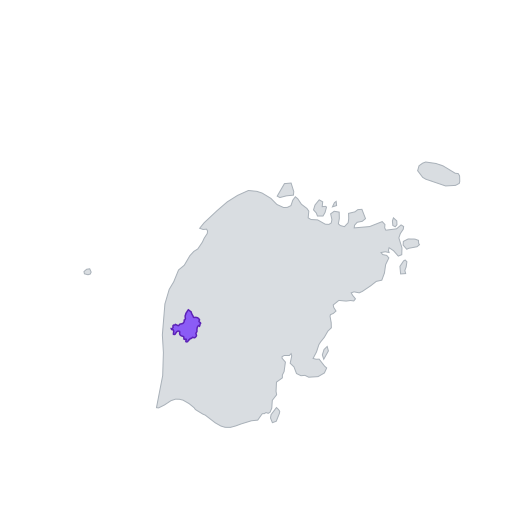 Jeongseon-gun, Gangwon, South Korea (highlighted), rotated 214°
{"feature_id": "91817680B94972366910411", "entity_name": "Jeongseon-gun", "entity_type": "district", "adm_level": 2, "iso_a3": "KOR", "parent_name": "South Korea", "parent_adm1": "Gangwon", "projection": "orthographic", "projection_center": [128.745, 37.366], "detail": "fine", "context": "in_parent", "style": "filled", "palette": "violet", "viewbox_px": 512, "rotation_deg": 214, "n_neighbors": 0, "source": "geoboundaries", "source_scale": "gbopen_adm2", "svg_char_len": 4775}
<svg xmlns="http://www.w3.org/2000/svg" viewBox="0 0 512 512"><g transform="rotate(214 256 256)"><path d="M160.9,130.0L162.6,128.8L162.7,126.9L162.8,120.9L167.6,116.9L174.4,108.5L177.7,103.9L181.4,99.6L185.8,96.7L190.0,95.4L196.5,94.9L209.1,95.7L211.6,95.2L220.4,94.8L222.4,95.6L228.8,96.2L235.9,95.7L239.4,94.4L242.7,92.3L245.6,88.5L248.6,81.3L251.8,75.6L253.7,74.6L266.5,104.7L278.8,124.2L289.5,138.2L304.7,165.3L309.3,179.8L309.8,188.7L312.4,201.1L310.3,208.2L311.0,219.3L310.1,225.1L308.2,229.3L308.2,237.4L308.9,241.8L309.0,247.5L310.2,249.7L312.0,250.6L314.7,248.4L318.2,247.5L317.6,254.5L313.6,272.0L310.1,284.8L305.2,295.9L298.9,306.1L291.4,310.1L286.1,311.6L275.9,312.1L267.5,310.4L260.3,311.6L257.3,313.7L255.2,317.3L256.7,322.9L256.5,327.1L253.4,326.8L247.3,324.3L240.4,323.9L237.3,322.7L234.1,316.8L230.8,317.0L225.1,320.4L216.3,321.1L213.2,323.0L212.1,325.5L213.4,328.6L217.7,332.7L216.2,336.8L211.6,338.9L207.9,333.7L205.7,328.7L203.1,328.4L199.1,329.8L198.2,335.1L200.0,338.8L203.1,343.1L198.7,347.9L197.5,351.4L194.3,353.9L186.1,348.2L187.3,344.2L191.0,340.5L191.5,336.6L190.3,334.2L178.2,344.0L170.6,355.1L166.7,354.2L165.1,351.3L162.8,350.0L154.7,357.1L153.1,362.9L150.1,363.0L148.9,360.6L148.9,355.3L147.7,350.9L139.5,344.3L135.9,338.6L138.0,335.5L144.9,337.3L150.3,337.3L149.3,334.6L147.6,333.3L151.2,331.8L154.3,328.8L151.8,328.0L148.0,329.6L144.8,328.7L143.7,321.3L140.0,313.7L138.2,306.3L142.1,302.2L144.2,295.7L148.0,286.2L149.8,283.2L154.7,281.1L156.5,278.7L153.9,277.4L149.6,276.1L149.8,273.4L152.7,272.0L156.1,269.0L162.5,265.5L164.6,258.6L162.8,256.8L158.9,255.1L159.8,251.6L161.5,249.0L160.9,247.4L156.4,242.8L153.4,238.6L154.4,233.9L153.9,226.8L154.4,220.9L154.3,217.6L152.2,210.3L151.4,203.0L148.4,204.0L146.0,205.8L137.5,203.0L134.8,202.7L133.9,197.3L137.1,190.7L144.5,185.0L148.7,184.4L151.8,181.9L156.7,181.2L162.5,185.3L167.7,186.2L170.5,193.2L172.3,194.7L172.7,192.2L177.0,189.3L178.1,187.1L177.2,185.8L172.3,184.5L168.1,175.9L167.6,172.1L166.0,169.7L168.5,162.9L163.7,155.0L161.3,152.5L161.8,145.5L159.2,141.0L157.8,138.6L157.0,134.3L157.9,132.4L160.2,131.8L160.9,130.0ZM137.1,436.0L134.5,437.4L132.2,436.4L131.6,435.7L128.8,431.8L128.1,429.8L130.1,426.1L138.0,420.1L158.2,414.6L161.8,414.4L169.7,417.1L171.3,422.0L169.8,426.1L167.9,428.8L158.6,433.3L151.4,435.3L137.1,436.0ZM272.9,331.9L267.7,336.1L260.7,330.5L259.0,327.4L264.4,322.9L268.9,317.8L271.9,317.5L272.9,331.9ZM235.6,331.3L235.0,337.9L231.0,338.2L228.7,333.9L226.2,336.0L224.9,336.0L223.1,330.7L222.8,326.6L227.4,323.5L230.1,325.4L234.1,326.4L235.6,331.3ZM133.7,358.9L130.1,359.8L128.2,357.4L126.8,356.8L127.7,353.7L133.6,347.9L134.8,345.9L140.1,347.3L142.0,350.5L139.4,355.2L133.7,358.9ZM154.8,132.9L154.3,141.8L151.4,141.3L149.4,140.4L148.6,138.6L146.8,130.3L149.2,127.0L153.4,129.8L154.8,132.9ZM130.9,334.5L130.1,336.1L127.7,335.6L125.4,330.9L124.5,327.2L122.1,325.1L126.1,322.0L130.9,327.9L130.9,334.5ZM147.3,216.5L146.4,220.8L142.9,217.8L142.1,208.3L145.7,211.1L147.3,216.5ZM389.0,150.3L386.7,152.4L383.7,150.5L383.3,148.4L384.8,146.5L388.3,145.3L389.9,146.9L389.0,150.3ZM162.5,361.3L163.4,364.5L158.9,363.8L156.6,360.7L156.9,358.1L159.6,357.8L162.5,361.3ZM220.8,344.0L220.1,346.1L217.4,342.9L220.1,339.5L220.8,344.0Z" fill="#d9dde1" stroke="#a8b0b8" stroke-width="1"/><path d="M269.5,146.9L268.7,146.9L268.1,147.4L267.6,147.9L267.2,147.9L266.9,147.1L266.6,146.1L266.1,145.8L265.3,146.1L264.8,146.8L264.8,147.5L264.8,148.9L264.4,149.3L264.4,150.2L264.3,150.9L263.9,151.0L263.6,151.4L263.2,152.5L263.2,153.0L262.9,153.3L262.2,153.4L261.3,153.8L261.0,154.2L260.8,155.1L260.7,155.9L260.8,156.7L261.6,157.5L262.5,158.1L262.6,158.6L262.7,159.8L262.8,160.5L263.3,161.2L263.7,161.7L264.1,162.5L264.6,163.5L264.8,164.2L264.9,165.2L264.7,166.2L263.6,166.2L263.9,167.5L264.3,168.1L264.3,168.8L264.3,169.3L264.8,169.6L266.2,169.7L266.6,169.8L266.8,170.0L267.1,171.5L268.6,172.1L270.0,172.1L270.9,171.8L271.9,171.3L272.6,170.7L273.2,170.3L273.7,170.3L274.6,171.0L275.9,171.6L276.8,172.1L277.6,172.6L278.5,173.4L282.0,173.6L282.1,173.1L282.0,169.2L281.6,168.1L281.3,166.8L280.6,165.8L279.6,164.8L279.3,163.5L279.7,162.7L279.0,161.8L278.8,161.0L278.8,160.3L278.9,159.3L279.4,158.6L280.0,157.9L280.6,157.4L281.0,156.9L281.2,155.1L281.6,154.7L284.6,154.2L284.6,153.9L284.7,153.4L285.1,153.0L285.7,152.6L285.8,151.6L285.2,150.9L284.8,150.4L284.8,149.7L284.9,149.2L285.2,148.6L285.6,148.4L284.9,147.9L284.2,148.1L283.5,148.5L283.0,148.2L282.5,147.9L282.1,147.5L281.6,146.6L281.1,145.5L280.6,144.9L279.5,145.5L279.3,146.2L279.4,147.2L279.3,149.1L278.6,150.2L277.7,150.6L277.1,150.7L276.5,149.8L276.2,149.7L275.9,148.8L275.2,148.3L274.1,148.0L273.0,148.1L272.4,148.3L271.4,148.6L270.8,148.6L270.2,148.0L269.7,147.5L269.5,146.9Z" fill="#8b5cf6" stroke="#5b21b6" stroke-width="1.5"/></g></svg>